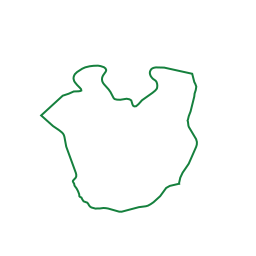 an SVG outline of Kinshasa City, rotated 134°
{"feature_id": "COD-1884", "entity_name": "Kinshasa City", "entity_type": "Neutral City", "adm_level": 1, "iso_a3": "COD", "parent_name": "Democratic Republic of the Congo", "parent_adm1": "", "projection": "natural_earth1", "projection_center": [15.874, -4.486], "detail": "fine", "context": "isolated", "style": "outline", "palette": "green", "viewbox_px": 256, "rotation_deg": 134, "n_neighbors": 0, "source": "natural_earth", "source_scale": "10m", "svg_char_len": 1807}
<svg xmlns="http://www.w3.org/2000/svg" viewBox="0 0 256 256"><g transform="rotate(134 128 128)"><path d="M44.4,119.5L48.9,112.2L49.5,110.3L50.8,107.6L53.7,105.6L57.0,104.0L59.3,102.2L72.6,94.5L77.3,92.5L80.3,90.7L81.3,90.3L81.8,89.3L84.4,86.1L85.0,84.9L88.7,71.3L90.2,68.7L92.1,67.0L94.2,65.9L111.5,59.5L116.7,58.6L122.1,57.7L127.4,55.9L132.0,53.1L132.6,52.4L132.9,52.7L140.6,57.7L144.6,58.9L154.7,57.5L163.7,58.1L167.1,58.8L170.0,59.7L171.9,60.8L177.4,65.2L192.6,74.4L194.3,76.2L199.7,86.3L201.0,88.2L202.6,90.1L205.5,92.4L207.3,94.3L208.5,95.3L210.6,99.1L210.9,100.8L210.7,102.3L210.2,103.9L210.0,105.4L211.6,109.0L211.1,111.3L210.4,113.2L210.9,114.7L210.9,115.5L209.5,117.2L208.2,120.0L207.2,123.0L206.8,125.5L206.6,126.5L205.4,128.2L205.2,129.4L204.8,130.3L204.6,130.7L204.0,131.0L200.1,131.1L198.8,131.6L197.5,132.8L196.5,134.4L184.3,159.5L178.6,167.5L177.7,169.1L177.2,170.7L177.1,172.3L177.4,175.8L178.7,183.3L179.3,199.2L150.1,197.4L144.6,194.5L139.4,192.4L136.1,189.2L134.7,188.1L133.5,187.6L132.7,188.7L132.5,190.5L132.4,194.6L132.0,197.9L131.6,199.4L131.1,200.2L130.4,201.4L129.1,202.5L127.6,203.2L126.1,203.6L123.1,203.5L117.1,202.1L114.1,200.9L110.3,198.5L107.2,196.0L104.0,192.9L102.5,190.7L101.0,187.6L100.8,185.5L101.5,183.9L102.8,183.2L107.2,182.5L108.6,182.1L110.0,181.4L111.3,180.3L112.3,178.9L112.9,177.3L113.2,175.6L113.7,168.8L114.3,165.6L116.4,159.3L116.5,157.8L115.3,155.7L113.1,153.2L107.9,149.3L106.3,146.8L105.9,144.8L107.8,141.4L108.4,139.9L108.1,138.5L106.7,137.3L103.6,137.0L98.3,137.2L85.6,134.8L82.1,134.4L79.6,134.6L78.3,135.4L77.0,136.5L75.9,137.9L75.1,139.4L74.8,141.0L75.3,144.3L75.2,146.0L74.9,147.6L74.2,149.2L73.3,150.5L72.1,151.4L70.7,151.9L69.3,152.1L67.9,151.8L66.5,151.1L65.0,150.0L59.4,143.9L44.4,119.5Z" fill="none" stroke="#15803d" stroke-width="2"/></g></svg>